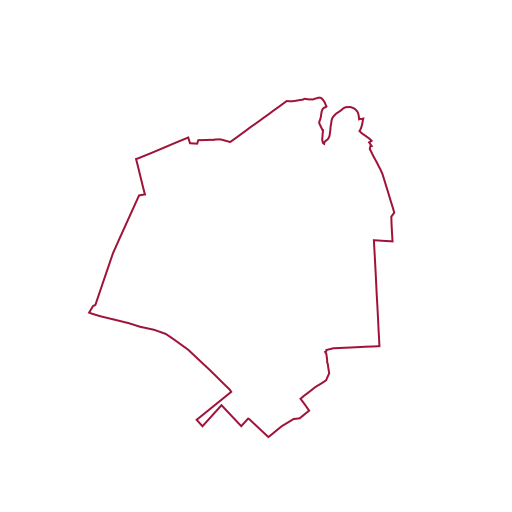 Beba Veche, Timis, Romania, rotated 117°
{"feature_id": "2599482B62831651771343", "entity_name": "Beba Veche", "entity_type": "district", "adm_level": 2, "iso_a3": "ROU", "parent_name": "Romania", "parent_adm1": "Timis", "projection": "natural_earth1", "projection_center": [20.316, 46.114], "detail": "fine", "context": "isolated", "style": "outline", "palette": "rose", "viewbox_px": 512, "rotation_deg": 117, "n_neighbors": 0, "source": "geoboundaries", "source_scale": "gbopen_adm2", "svg_char_len": 3436}
<svg xmlns="http://www.w3.org/2000/svg" viewBox="0 0 512 512"><g transform="rotate(117 256 256)"><path d="M411.7,162.8L407.0,160.6L403.2,159.0L399.4,157.3L395.8,155.7L395.3,155.4L391.0,152.7L387.6,150.6L384.0,148.4L383.9,148.1L382.3,145.6L380.8,143.4L376.2,141.4L372.4,139.7L369.9,138.5L369.6,138.5L368.9,140.0L367.6,142.3L366.7,144.0L365.8,145.8L365.0,147.4L363.0,151.5L358.8,149.8L355.2,148.0L351.0,146.0L346.6,144.0L344.1,142.6L341.8,141.1L338.5,139.1L334.9,137.1L332.4,137.3L327.3,137.5L323.1,140.6L319.4,143.2L318.5,144.3L318.0,144.6L316.3,145.4L311.4,148.8L310.1,150.8L309.3,150.1L307.8,150.6L303.1,145.2L298.9,137.8L295.0,130.9L291.0,123.9L287.2,117.4L283.3,110.3L280.3,105.1L274.5,108.4L266.6,113.0L259.1,117.3L250.9,122.0L243.3,126.4L235.1,131.2L226.7,136.0L218.5,140.7L210.7,145.2L201.9,150.3L194.0,154.9L188.4,158.1L184.5,149.0L181.0,141.0L173.5,145.4L165.9,149.8L159.5,153.3L154.6,152.5L151.1,155.8L147.2,159.6L141.2,165.4L137.7,168.7L134.7,171.7L130.6,175.6L125.3,180.8L123.5,183.1L122.0,184.9L120.7,186.9L120.1,187.7L118.1,190.4L114.0,196.4L112.2,198.9L111.0,200.4L109.0,203.2L106.3,203.9L105.5,202.9L103.4,206.8L100.9,205.3L100.2,207.1L99.7,209.9L99.2,213.1L98.8,216.3L98.5,217.9L97.7,220.5L95.2,220.4L93.7,220.6L91.2,221.0L86.5,222.4L84.9,222.8L85.6,223.6L86.1,224.5L86.6,225.5L87.4,226.2L84.6,228.0L82.9,229.4L82.0,230.3L81.3,231.4L81.1,231.8L80.4,233.5L80.1,234.8L80.0,235.5L80.1,236.8L80.1,237.8L80.3,238.8L80.4,239.4L81.2,241.0L81.6,241.6L82.4,243.2L83.0,243.8L83.7,244.5L85.3,245.5L85.8,245.6L86.4,245.8L88.0,246.6L88.4,246.8L91.4,248.4L92.0,248.8L93.1,249.4L97.1,250.5L98.7,250.6L100.3,250.3L101.3,250.1L102.9,249.5L104.6,248.9L106.5,248.4L107.2,248.1L108.8,247.5L109.3,247.2L110.9,246.6L112.3,246.2L113.8,245.6L115.9,245.0L117.3,244.9L118.4,244.9L119.9,245.2L120.8,245.8L121.6,246.0L122.3,246.4L123.4,246.7L123.7,246.7L125.1,246.2L125.0,247.4L124.6,247.9L123.1,249.2L122.5,249.7L121.5,250.2L119.1,251.1L117.1,252.0L115.8,252.5L115.4,252.6L113.5,253.4L113.7,253.8L113.0,254.7L112.8,254.9L111.9,256.3L111.5,256.6L111.1,257.4L110.7,257.6L109.7,259.1L108.7,260.2L108.2,260.3L106.9,260.7L105.8,260.7L104.3,261.0L102.8,261.3L101.4,261.8L100.5,262.1L99.6,262.4L97.0,263.2L95.1,263.3L94.5,263.2L92.9,262.7L92.5,262.3L91.9,261.5L90.8,261.1L90.2,261.9L88.5,263.9L87.8,264.7L86.6,266.9L86.3,267.6L85.7,269.6L85.8,270.5L86.1,271.3L86.5,272.1L87.1,272.6L88.8,274.6L90.7,276.4L91.6,278.3L92.6,280.3L93.9,284.2L95.3,285.1L97.2,287.8L101.0,292.9L101.8,294.3L102.6,295.7L104.0,299.0L108.3,301.2L113.7,303.9L118.8,306.6L124.0,309.1L128.9,311.7L133.9,314.2L139.1,316.9L144.1,319.6L149.7,322.3L154.8,324.9L160.5,327.8L166.1,330.7L166.3,331.4L167.9,339.2L168.2,340.5L169.3,342.7L171.2,346.0L171.6,346.1L174.0,350.8L176.5,355.3L179.0,360.0L182.6,359.4L184.2,363.0L185.5,366.0L181.2,370.2L185.2,373.6L188.7,376.6L193.0,380.3L197.8,384.3L202.8,388.5L207.8,392.7L212.3,396.5L217.6,401.1L222.8,405.6L224.0,406.9L224.6,406.4L228.1,403.3L245.5,388.3L250.8,383.6L251.6,382.9L251.8,383.3L255.1,387.7L300.9,385.6L318.4,384.7L351.2,380.0L372.5,376.9L374.6,378.5L382.2,379.0L382.1,377.6L381.8,375.4L380.3,367.1L376.7,352.0L373.6,338.8L371.5,325.9L371.3,325.8L368.0,313.2L366.4,300.9L367.6,291.4L370.3,273.9L375.3,256.8L377.8,248.0L380.8,238.3L384.3,227.4L386.9,218.9L388.3,216.4L428.9,234.5L432.0,226.4L404.6,219.0L414.3,191.9L404.7,189.3L404.4,189.1L404.3,188.9L404.3,188.4L411.7,162.8Z" fill="none" stroke="#9f1239" stroke-width="2"/></g></svg>